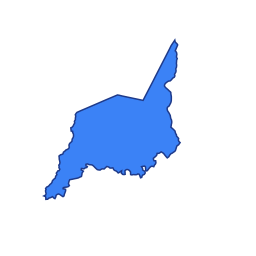 Sítio do Quinto, Bahia, Brazil, rotated 115°
{"feature_id": "56859067B85843569358413", "entity_name": "Sítio do Quinto", "entity_type": "district", "adm_level": 2, "iso_a3": "BRA", "parent_name": "Brazil", "parent_adm1": "Bahia", "projection": "albers", "projection_center": [-38.119, -10.319], "detail": "fine", "context": "isolated", "style": "filled", "palette": "blue", "viewbox_px": 256, "rotation_deg": 115, "n_neighbors": 0, "source": "geoboundaries", "source_scale": "gbopen_adm2", "svg_char_len": 3812}
<svg xmlns="http://www.w3.org/2000/svg" viewBox="0 0 256 256"><g transform="rotate(115 128 128)"><path d="M225.1,175.5L225.0,173.8L226.0,173.0L227.4,172.3L226.5,170.7L225.0,170.1L223.7,168.6L222.1,167.4L222.8,165.8L222.9,164.4L221.0,164.3L219.4,164.7L218.1,164.1L217.1,163.0L217.1,161.6L217.5,159.5L217.7,157.9L216.6,157.3L214.8,157.7L213.1,157.8L211.2,158.0L209.9,158.7L210.3,160.1L210.5,161.2L209.4,161.4L208.2,159.9L207.4,158.5L206.4,157.4L205.0,156.8L203.7,158.4L201.6,158.9L199.5,159.0L197.8,156.6L196.7,155.2L195.4,153.4L194.2,151.9L192.9,150.9L191.6,149.7L189.7,150.1L188.2,150.6L186.0,150.2L185.8,151.4L185.8,152.7L184.4,153.1L183.9,152.0L183.7,150.7L182.2,149.9L181.2,148.6L180.0,148.6L180.1,150.1L178.7,150.8L177.7,149.6L177.6,147.6L176.8,145.6L176.7,144.4L177.2,142.6L177.7,141.4L178.2,140.0L178.7,138.3L178.5,137.2L177.9,135.5L176.8,134.9L175.9,134.1L175.2,132.3L173.4,131.6L171.8,130.9L171.5,129.0L171.9,127.6L171.5,126.4L170.5,124.9L171.8,123.3L172.1,122.1L172.0,120.7L172.3,119.3L172.9,117.9L171.8,117.0L170.6,116.5L169.5,115.7L171.6,115.1L172.3,113.3L171.9,111.9L171.2,111.0L169.5,111.9L168.1,112.7L166.8,112.2L166.0,111.4L165.7,110.2L165.9,108.8L166.7,107.2L167.8,106.6L169.1,105.9L168.9,104.7L167.9,103.4L167.3,101.7L166.5,100.3L165.5,99.7L165.2,98.3L166.4,97.0L167.8,95.6L167.0,94.7L165.9,94.9L164.5,94.8L163.1,93.6L161.5,93.4L160.2,94.3L160.0,95.7L159.8,97.0L158.4,97.8L157.3,99.4L156.2,98.0L155.5,96.8L155.9,95.7L157.4,94.9L159.0,94.0L159.0,92.8L157.5,92.2L155.9,91.9L154.4,91.5L153.0,90.8L152.4,89.8L152.2,88.3L150.3,88.3L149.0,87.9L147.7,88.0L146.0,89.1L146.7,90.5L145.8,91.6L144.7,92.2L143.5,91.6L142.4,91.1L141.4,90.7L140.2,90.5L138.7,90.9L137.9,89.3L136.8,88.5L135.6,87.9L135.7,86.7L136.0,85.0L136.9,83.3L137.8,81.5L138.5,79.8L136.9,78.9L134.8,78.7L133.1,78.2L132.1,77.3L130.8,76.6L129.4,75.7L128.2,75.5L126.6,75.7L124.8,76.0L123.2,76.0L122.0,75.1L120.4,74.8L119.2,74.6L118.7,76.2L117.6,77.3L116.1,77.7L115.4,79.1L114.9,80.5L113.6,81.3L113.0,82.3L112.1,83.2L110.9,84.1L110.1,86.1L109.6,87.8L109.1,89.5L107.7,89.8L106.5,90.2L105.0,90.5L103.8,91.0L102.3,92.0L101.4,93.2L100.0,94.2L98.8,95.0L97.9,96.1L97.2,97.0L96.6,97.9L96.0,99.0L95.2,99.9L94.0,100.7L92.7,101.0L91.6,100.6L90.6,100.0L89.2,100.0L87.7,99.9L86.2,100.0L84.7,100.4L82.9,101.2L81.2,102.0L80.2,102.7L78.9,103.6L77.6,104.3L77.2,105.4L76.9,106.5L76.5,107.5L76.2,108.6L75.8,109.8L75.5,111.0L74.6,112.7L73.3,113.1L71.8,113.0L70.4,112.3L69.2,111.7L68.3,111.0L67.5,109.7L65.9,109.0L64.6,108.7L63.3,108.2L62.4,107.5L61.0,107.5L59.7,108.5L58.4,108.4L56.9,108.3L55.5,108.8L54.2,109.7L52.3,109.8L50.4,110.5L49.1,111.4L47.7,111.9L46.0,112.6L44.3,112.7L43.4,113.9L42.3,114.4L40.7,114.8L39.3,115.7L38.5,116.8L38.1,117.8L31.7,118.1L30.9,119.3L30.5,120.6L29.9,121.8L28.6,122.7L33.7,123.5L35.0,123.7L39.3,123.8L70.8,125.0L74.5,125.1L93.6,125.9L96.6,126.0L101.5,147.0L102.0,149.6L102.5,151.5L111.7,159.8L120.7,167.8L129.0,175.2L132.0,177.9L134.3,179.9L135.5,180.9L136.8,181.2L138.2,181.4L139.3,180.4L141.2,179.9L142.7,179.2L144.6,179.4L146.0,178.4L147.7,178.6L149.6,178.6L151.1,179.1L152.0,179.9L153.2,179.2L154.8,178.2L154.4,176.8L155.6,176.2L156.2,175.2L157.2,174.5L158.8,173.8L160.1,173.7L161.2,173.9L162.3,173.7L163.8,173.2L165.3,173.8L166.5,174.3L167.7,174.4L169.0,174.0L170.2,173.1L171.7,173.1L173.0,173.9L174.2,175.0L175.5,175.4L177.2,176.3L178.9,176.0L179.8,176.7L180.9,177.9L182.6,178.7L184.0,177.8L185.4,177.1L186.6,176.1L188.0,175.1L189.5,174.7L190.9,175.0L192.1,174.1L193.2,173.8L194.1,172.4L195.8,172.4L196.4,173.4L197.8,173.6L199.2,173.9L200.4,172.7L202.3,173.2L204.1,172.7L205.6,173.5L206.7,173.9L208.0,174.2L209.4,173.9L210.8,174.2L212.2,174.9L213.6,175.2L214.7,175.7L216.0,176.8L217.7,177.1L218.4,176.3L219.5,176.3L220.8,175.6L221.8,174.6L223.5,174.3L225.1,175.5Z" fill="#3b82f6" stroke="#1e3a8a" stroke-width="1.5"/></g></svg>